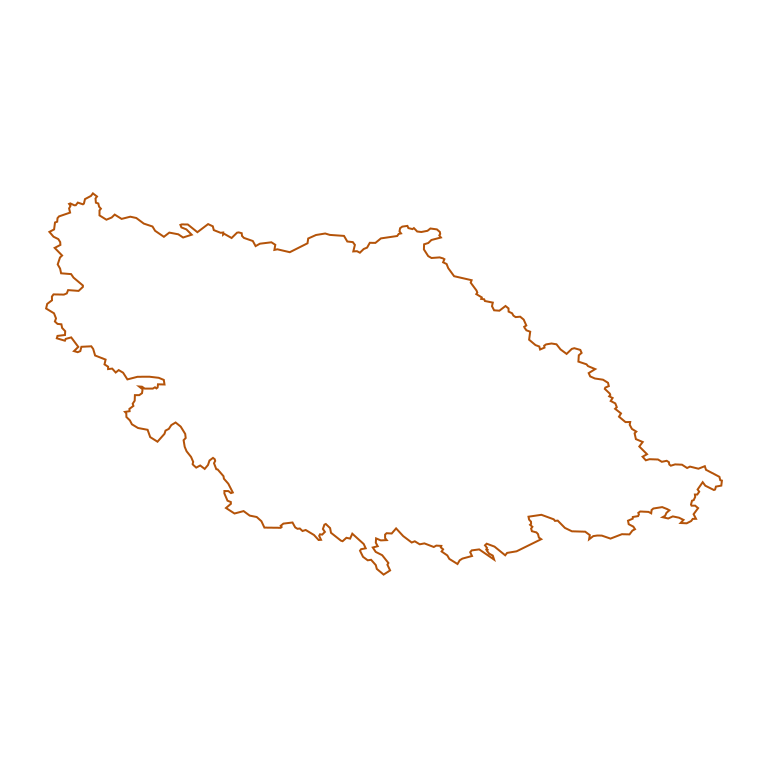 outline of Bailieborough - Cootehill Lea-6, Cavan, Ireland
{"feature_id": "5873133B65696194477644", "entity_name": "Bailieborough - Cootehill Lea-6", "entity_type": "district", "adm_level": 2, "iso_a3": "IRL", "parent_name": "Ireland", "parent_adm1": "Cavan", "projection": "equal_earth", "projection_center": [-7.085, 53.987], "detail": "fine", "context": "isolated", "style": "outline", "palette": "amber", "viewbox_px": 768, "rotation_deg": 0, "n_neighbors": 0, "source": "geoboundaries", "source_scale": "gbopen_adm2", "svg_char_len": 6057}
<svg xmlns="http://www.w3.org/2000/svg" viewBox="0 0 768 768"><path d="M100.9,208.7L99.1,206.7L98.3,203.5L95.9,202.7L95.5,198.5L97.0,196.5L92.9,193.4L91.0,195.9L85.0,199.1L83.9,203.6L82.9,204.3L77.8,202.6L75.8,205.2L74.4,205.3L70.3,203.4L69.1,203.9L70.5,205.9L69.1,208.4L70.1,212.6L59.0,216.4L57.5,218.2L57.2,221.7L55.0,222.5L54.1,229.4L49.4,231.9L53.5,236.7L58.3,239.1L60.2,242.1L60.4,244.9L54.7,247.9L62.1,255.5L60.0,257.5L57.7,264.4L60.1,268.6L61.1,273.3L71.1,274.1L73.5,277.6L82.9,285.5L82.9,286.9L78.6,290.9L68.1,290.1L66.8,293.4L63.9,294.6L53.5,294.4L51.9,296.6L52.0,300.3L47.2,303.9L46.1,308.5L54.0,313.3L56.0,318.4L54.9,321.5L57.5,323.9L61.4,324.3L62.1,327.9L65.2,331.2L65.0,335.0L57.5,335.9L56.8,338.3L64.9,340.7L65.7,338.9L71.2,337.4L78.3,346.9L74.0,351.1L77.7,352.2L80.3,351.1L81.4,346.8L91.3,346.3L93.2,349.0L95.1,355.5L105.6,359.6L104.5,364.4L108.1,366.7L108.1,369.1L112.2,368.6L115.7,372.5L118.7,370.1L123.1,372.7L127.4,379.4L137.5,376.8L149.2,376.7L158.7,377.8L163.8,379.9L164.5,384.5L158.0,384.3L157.6,387.5L156.4,388.4L155.0,387.3L152.8,388.6L144.7,388.6L142.0,386.7L139.1,386.5L142.6,389.3L142.0,393.2L139.3,395.1L134.9,395.1L134.7,400.7L132.7,403.7L133.4,405.9L129.4,408.9L129.6,411.2L125.0,411.9L126.3,413.4L126.4,417.0L129.9,420.4L131.9,424.3L138.0,428.0L147.6,429.8L150.2,437.1L157.5,441.7L164.5,433.8L165.5,430.6L168.8,428.9L171.3,425.1L175.6,422.5L180.7,426.6L185.2,433.9L185.7,438.0L183.6,440.2L184.7,446.8L186.6,451.3L191.1,457.0L193.2,461.9L192.6,464.1L193.3,465.0L196.2,467.6L200.2,465.5L204.7,468.9L208.0,465.0L209.5,460.5L213.0,457.9L214.7,459.2L215.2,460.9L214.0,463.2L216.3,469.2L217.6,469.4L223.5,476.2L223.9,478.7L228.3,483.7L232.8,492.5L231.0,493.1L228.4,491.1L224.4,491.0L224.4,493.5L227.5,500.7L230.8,502.0L230.9,503.8L226.0,508.0L234.5,513.5L243.6,511.1L249.7,515.6L256.7,517.0L261.4,521.2L264.4,527.6L280.7,527.8L281.6,527.0L280.7,525.8L283.4,523.6L292.5,522.5L295.2,527.4L297.5,528.8L299.8,528.5L302.5,531.0L305.7,530.0L314.0,535.0L318.6,540.0L321.0,539.8L319.2,535.9L320.0,534.3L322.2,534.6L324.9,531.9L322.9,529.0L324.4,524.7L325.8,524.0L330.1,528.1L331.0,532.8L341.0,540.7L342.6,541.2L346.4,537.8L350.1,538.6L352.3,533.7L363.7,544.0L365.7,548.3L361.1,549.2L360.0,550.7L363.0,556.8L367.7,560.3L371.1,559.8L375.8,565.1L376.8,568.9L383.6,574.6L390.1,570.4L387.4,564.7L388.4,563.0L382.2,555.2L375.7,551.9L372.8,547.5L377.7,546.2L375.8,542.7L376.1,538.4L380.8,540.4L386.7,540.1L385.1,538.1L385.1,534.6L386.6,533.2L391.7,533.5L396.1,528.4L403.2,536.1L411.7,542.5L414.8,541.3L419.7,544.3L424.4,543.4L433.8,547.0L436.3,545.6L441.3,545.9L440.8,547.4L443.1,549.3L441.6,551.5L447.3,555.4L449.3,558.9L457.5,564.0L459.7,560.3L462.4,558.6L472.0,556.0L470.2,552.2L471.7,550.4L479.2,549.4L494.1,559.6L492.8,555.6L489.1,553.6L487.1,551.0L487.6,549.9L486.3,549.5L487.0,547.9L485.0,545.3L486.7,543.7L494.5,546.6L505.2,555.3L507.1,552.9L516.6,551.3L541.2,539.2L538.9,537.6L538.0,534.1L536.4,532.4L531.9,531.2L531.1,528.6L532.4,526.8L530.1,524.8L531.1,523.9L531.0,521.7L529.1,519.6L528.5,516.7L541.4,514.8L553.7,519.3L555.0,520.9L557.7,520.6L564.9,527.9L571.9,531.3L585.2,531.7L589.8,535.1L589.1,539.3L593.3,536.1L597.4,535.5L601.8,535.6L610.5,538.6L621.9,534.2L629.5,534.4L632.4,530.6L635.0,529.2L633.3,526.6L628.7,524.2L628.0,520.7L632.7,518.7L632.8,517.0L638.1,516.1L638.9,514.4L638.3,512.9L640.2,511.5L648.5,511.9L651.2,513.3L651.6,510.0L653.4,508.5L662.2,507.1L667.2,509.1L669.4,510.3L666.5,512.8L665.1,515.8L662.6,517.2L668.2,518.5L672.8,516.4L679.0,517.7L683.5,519.9L680.6,523.0L686.7,523.3L691.2,521.0L692.7,518.9L696.0,518.8L693.6,514.2L698.1,508.1L695.2,505.7L691.6,505.7L691.0,504.6L692.0,500.7L693.7,500.1L695.2,496.9L694.9,494.5L697.3,494.5L699.2,491.7L697.6,489.5L702.7,482.2L705.3,485.7L713.9,490.0L715.1,489.5L715.9,486.6L721.3,485.6L721.9,480.6L720.3,480.2L719.4,476.8L706.0,469.8L704.8,466.2L698.4,468.7L690.0,466.6L687.1,468.0L682.0,464.7L675.1,464.4L670.8,465.7L669.3,464.5L668.9,462.2L666.7,460.8L661.8,461.8L658.0,459.5L649.5,459.2L645.8,460.3L642.6,456.7L647.0,454.2L639.3,446.5L642.7,442.0L635.9,439.1L634.6,433.3L636.3,431.6L631.9,428.9L629.7,424.8L630.2,422.0L625.5,422.1L619.0,416.7L621.0,413.4L615.1,408.8L616.8,407.2L615.3,403.4L610.7,401.0L612.6,398.0L609.2,396.3L610.3,395.0L609.8,393.6L604.8,388.9L605.3,387.6L608.8,386.1L608.0,382.8L603.0,379.7L594.9,378.5L590.2,376.4L588.7,373.1L595.2,369.1L588.0,366.1L586.5,364.3L578.4,361.6L578.8,355.3L581.6,352.9L580.3,349.9L574.3,348.2L571.8,348.9L566.6,353.9L560.5,349.4L556.5,344.3L551.5,343.5L546.1,344.4L544.2,345.7L544.5,347.6L540.1,349.5L539.3,346.5L535.5,345.1L529.1,339.7L530.2,331.7L526.4,330.3L524.6,327.8L524.2,326.8L526.3,325.5L523.7,319.6L520.2,316.7L515.6,317.1L513.4,315.6L512.1,313.3L508.6,311.6L508.5,308.4L505.5,306.0L499.4,310.7L494.1,310.3L492.0,306.2L492.8,302.6L484.9,301.0L484.2,299.3L481.2,298.9L481.8,297.4L476.3,294.1L477.3,292.6L476.5,290.5L470.7,282.7L471.6,280.2L454.1,276.2L448.2,268.1L446.6,264.0L443.1,262.3L444.4,259.2L443.0,258.4L439.6,257.4L431.5,258.0L428.2,256.1L423.9,249.4L424.1,244.3L428.3,243.0L431.4,240.0L440.9,237.5L439.3,235.4L440.2,233.9L439.8,231.9L436.9,229.4L430.4,228.5L427.5,230.8L421.3,232.0L417.2,231.5L413.9,228.1L412.5,229.1L408.4,228.1L407.4,225.9L402.3,226.6L400.1,228.2L399.5,231.3L401.0,233.4L398.7,233.9L397.2,236.0L380.9,238.4L375.4,242.9L369.8,242.8L367.1,247.6L363.7,249.0L359.9,252.7L357.0,251.2L353.3,251.4L354.9,244.9L352.8,242.1L347.3,241.5L344.0,235.9L329.8,234.9L325.2,233.5L316.0,235.0L308.2,238.5L307.5,243.3L289.8,252.2L277.4,249.3L274.4,249.9L275.3,244.8L271.4,242.3L259.9,243.7L255.6,246.1L252.8,241.0L243.9,237.9L242.0,235.9L241.7,233.2L238.7,232.4L237.0,232.7L231.6,238.0L224.2,233.8L223.1,234.7L223.2,232.5L220.6,232.8L213.8,230.1L212.8,226.3L208.1,224.1L197.4,232.2L187.8,224.5L181.8,224.4L180.4,224.9L181.4,227.4L186.4,229.4L191.7,234.7L183.1,237.5L178.3,234.3L169.3,232.6L163.9,236.8L155.1,230.8L152.5,226.5L143.8,223.6L136.3,218.0L130.3,216.7L121.6,218.9L114.7,214.6L111.7,217.5L106.4,219.7L99.5,215.4L99.5,210.4L100.9,208.7Z" fill="none" stroke="#b45309" stroke-width="2"/></svg>